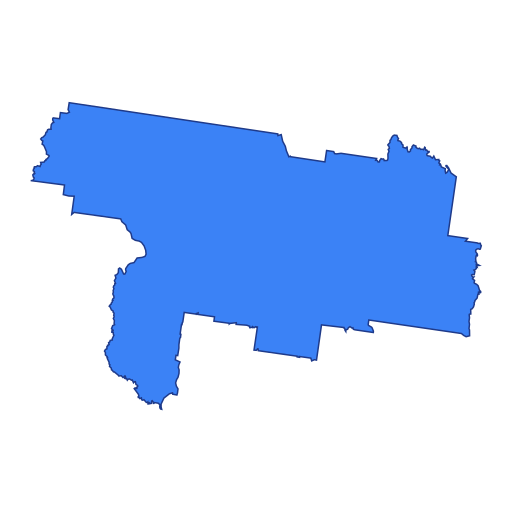 the district of Mount Alexander, Victoria, Australia
{"feature_id": "25037944B33361376852028", "entity_name": "Mount Alexander", "entity_type": "district", "adm_level": 2, "iso_a3": "AUS", "parent_name": "Australia", "parent_adm1": "Victoria", "projection": "mercator", "projection_center": [144.192, -37.076], "detail": "fine", "context": "isolated", "style": "filled", "palette": "blue", "viewbox_px": 512, "rotation_deg": 0, "n_neighbors": 0, "source": "geoboundaries", "source_scale": "gbopen_adm2", "svg_char_len": 6055}
<svg xmlns="http://www.w3.org/2000/svg" viewBox="0 0 512 512"><path d="M105.5,349.4L104.5,351.1L105.4,352.5L105.4,354.9L107.2,356.7L107.0,357.3L107.6,357.7L107.3,358.5L109.1,362.3L109.1,364.0L109.9,364.7L109.5,366.4L111.2,368.0L111.5,369.9L112.1,370.1L113.5,371.9L114.3,371.9L118.3,375.2L118.8,376.0L121.3,375.7L122.9,377.5L123.9,377.0L124.6,376.0L125.2,376.0L125.5,376.9L124.7,378.3L125.4,378.7L126.5,378.4L127.3,380.2L128.1,379.2L129.4,378.9L131.5,380.2L132.3,380.0L133.5,382.8L134.5,381.7L135.4,381.7L136.0,384.5L137.6,385.4L137.7,386.4L136.7,387.3L137.0,388.1L136.7,388.5L135.1,387.9L134.2,388.6L138.3,394.1L138.9,396.0L138.1,396.9L138.3,397.5L139.2,397.6L139.9,398.6L141.4,397.9L141.7,399.8L142.8,400.2L143.9,399.7L146.3,402.4L147.3,402.5L147.8,402.0L148.0,403.8L149.2,403.2L149.0,402.1L149.5,403.2L149.3,403.8L151.3,403.4L151.7,401.0L152.2,400.7L153.2,402.0L153.3,403.4L153.9,403.4L154.6,402.6L158.2,403.2L160.2,405.0L159.7,406.0L159.9,407.9L160.6,409.0L161.7,409.3L161.1,407.0L161.1,404.1L163.9,398.1L169.5,393.7L172.5,392.9L172.7,394.2L176.9,395.0L177.5,392.9L178.0,388.9L176.4,386.2L175.6,382.9L176.6,379.6L178.0,377.3L179.0,373.4L179.1,369.9L178.3,367.5L178.8,364.8L180.0,362.0L175.3,359.8L176.0,355.3L177.7,355.6L178.9,348.1L178.9,344.8L179.8,338.2L180.5,337.5L180.9,334.3L180.1,334.1L181.5,324.5L182.0,324.6L182.4,322.4L182.8,322.1L184.2,312.4L195.4,314.0L196.0,313.7L196.3,314.3L196.9,314.0L196.7,313.5L198.1,312.9L197.9,314.4L214.5,316.8L213.9,321.2L229.5,323.3L229.4,323.9L230.1,323.4L236.3,322.7L236.1,324.4L246.7,325.2L249.6,326.2L249.4,326.7L250.0,327.8L251.1,327.3L252.5,327.6L252.6,326.7L254.1,327.7L255.5,326.7L256.1,327.1L256.2,326.8L257.4,327.0L254.0,350.1L256.3,350.3L257.6,348.8L258.1,348.9L258.3,350.7L297.1,356.2L297.1,356.9L299.5,357.3L299.4,356.5L310.8,358.1L311.7,360.9L314.4,359.7L316.5,360.1L321.5,324.9L343.9,327.5L343.8,327.9L344.8,328.7L345.0,330.3L345.8,331.5L345.9,329.8L347.6,329.3L348.3,327.8L350.0,326.6L352.1,328.1L352.9,327.8L353.4,329.3L354.9,329.8L373.3,332.5L373.4,331.1L372.1,327.8L371.5,327.1L368.5,325.4L368.2,324.4L368.8,320.0L461.4,333.5L463.7,335.4L466.1,336.7L469.6,335.8L469.5,329.9L469.0,328.6L469.5,324.3L469.0,321.5L469.5,317.8L469.2,314.8L469.4,314.2L470.8,314.0L470.7,309.4L472.1,308.8L473.5,306.9L474.3,304.2L474.1,302.7L474.8,301.7L474.9,300.6L477.1,298.1L477.9,294.2L478.9,294.2L478.4,292.2L479.0,291.9L479.9,292.8L480.6,292.6L480.8,292.0L480.5,291.2L479.6,290.5L478.1,285.7L476.6,284.3L474.4,283.2L474.1,282.6L474.6,280.4L472.5,278.8L473.8,277.0L472.8,277.1L471.7,275.8L471.6,274.9L472.3,274.5L474.2,274.7L474.9,271.5L473.9,270.1L475.2,269.7L476.3,268.6L476.3,266.7L477.1,267.1L476.5,265.2L477.2,265.6L479.3,265.4L476.6,263.9L476.4,262.1L475.4,261.7L475.9,260.4L475.6,258.9L476.1,256.0L476.5,255.2L477.3,255.8L477.5,255.4L477.3,254.0L475.9,252.1L475.6,250.9L475.9,249.9L477.1,249.0L478.2,248.7L479.5,249.3L480.3,249.1L481.3,245.7L480.6,244.7L480.3,243.3L477.9,243.4L477.3,242.9L465.4,241.2L467.6,238.5L447.8,235.6L456.3,176.8L451.0,173.0L448.6,167.9L446.8,165.5L446.0,165.6L446.0,166.3L448.5,169.0L448.7,169.7L446.9,172.5L445.7,173.2L445.1,170.6L445.3,168.7L441.3,166.9L440.8,165.0L439.7,164.9L440.2,163.9L438.8,162.9L439.7,160.9L438.8,160.3L438.8,159.5L435.5,159.7L433.8,156.1L432.5,158.1L431.2,157.4L430.5,156.3L427.3,155.7L426.8,154.8L427.0,153.6L429.1,152.1L429.1,151.5L427.6,151.4L426.7,150.0L425.9,150.2L425.1,148.3L425.2,147.6L424.7,147.2L423.6,149.7L422.2,149.2L420.6,149.4L419.6,148.2L418.2,148.7L417.1,148.2L415.9,147.2L416.0,146.1L413.4,145.0L412.0,146.7L412.0,147.9L410.4,149.7L410.5,150.9L409.3,152.0L408.0,151.8L407.1,149.0L407.3,147.9L407.0,147.0L405.6,148.1L403.0,147.3L403.0,145.0L401.6,143.7L401.5,142.5L399.9,141.1L397.9,140.6L397.8,140.0L398.5,138.5L397.6,137.4L396.9,135.4L394.2,135.1L392.7,136.1L391.4,138.0L390.8,139.8L390.0,140.3L390.0,142.5L387.9,144.7L388.0,145.4L388.9,146.3L389.4,148.3L388.2,149.4L389.0,151.3L387.9,154.0L388.0,158.4L387.6,160.0L387.0,160.5L384.2,160.6L383.9,159.4L383.4,158.9L382.2,159.1L381.1,158.6L379.6,160.6L379.4,161.9L378.1,162.0L377.0,160.3L375.7,160.3L376.6,158.5L341.0,153.3L336.6,153.9L334.6,153.6L333.7,151.6L326.6,150.5L324.9,161.9L290.5,156.7L290.3,156.2L288.9,156.8L286.4,150.8L285.3,146.3L282.7,141.3L281.2,134.6L277.9,135.6L277.8,133.9L69.2,102.7L68.1,109.6L69.4,112.2L66.9,113.4L60.4,112.6L59.6,118.7L53.2,117.9L52.7,118.7L52.7,120.0L53.8,122.4L52.5,122.9L51.3,124.5L50.9,127.7L51.1,129.2L48.6,129.3L47.6,129.8L46.8,132.1L46.3,132.1L45.8,132.8L45.4,134.7L43.1,137.1L41.7,137.7L40.7,139.0L41.8,140.4L42.8,140.9L42.1,144.2L43.5,145.1L44.3,146.4L46.5,151.7L46.4,154.1L49.0,155.5L49.1,156.3L47.4,158.6L45.9,159.5L45.9,160.4L44.9,160.7L44.1,162.1L40.6,162.4L41.2,164.2L40.3,165.4L40.1,166.5L37.5,165.7L36.3,166.7L34.4,166.8L34.1,167.5L34.3,168.4L33.5,169.1L33.2,170.8L34.4,171.5L34.2,172.3L34.8,173.5L34.3,174.0L33.6,173.9L32.8,174.9L33.3,177.0L34.1,177.8L34.0,178.9L32.6,180.5L30.7,180.6L64.5,185.0L63.3,194.6L68.8,196.0L74.2,196.2L71.7,214.4L74.1,212.4L120.7,218.9L121.9,221.7L125.7,225.0L127.2,229.7L130.0,232.0L131.0,233.5L132.1,238.4L135.3,240.3L139.2,241.1L141.5,242.4L144.1,245.9L145.7,250.3L146.1,254.2L145.0,256.4L142.1,257.4L137.1,258.0L134.0,262.6L130.3,263.4L128.3,264.7L125.7,268.6L125.6,269.9L126.2,271.4L124.8,274.1L123.6,274.0L121.4,269.2L119.7,268.0L118.5,268.9L118.3,272.7L116.8,274.6L115.1,275.3L115.9,278.1L114.4,280.7L115.5,283.3L114.8,283.6L114.7,285.0L113.8,285.8L113.3,287.2L113.9,288.6L113.1,290.7L113.4,292.1L112.9,293.4L113.0,294.6L113.8,295.9L114.0,297.9L112.9,298.8L112.4,300.0L112.9,300.5L112.3,300.8L112.3,302.1L111.3,303.1L111.1,304.3L110.4,304.6L109.2,306.2L110.2,307.1L111.4,309.9L113.2,311.1L113.1,312.2L114.1,313.2L113.7,315.5L114.1,316.0L114.0,317.2L113.3,318.4L114.4,320.6L114.1,323.5L114.6,324.7L112.7,325.6L111.5,328.7L113.2,330.3L113.0,330.9L112.0,330.7L111.8,332.2L113.3,332.6L113.3,334.1L113.9,335.2L112.2,338.9L112.3,340.0L110.2,340.4L109.7,342.0L108.6,342.6L109.1,344.6L107.6,345.3L107.8,345.9L106.9,346.6L106.9,348.9L105.5,349.4Z" fill="#3b82f6" stroke="#1e3a8a" stroke-width="1.5"/></svg>